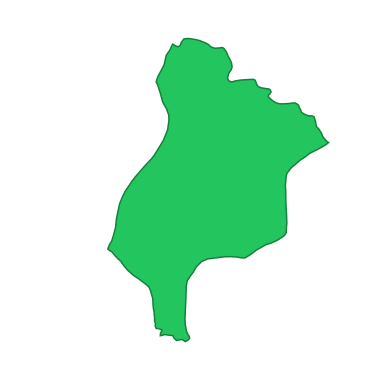 the district of Pleebo/Sodoken, Maryland, Liberia, rotated 305°
{"feature_id": "62588387B59551016114373", "entity_name": "Pleebo/Sodoken", "entity_type": "district", "adm_level": 2, "iso_a3": "LBR", "parent_name": "Liberia", "parent_adm1": "Maryland", "projection": "albers", "projection_center": [-7.677, 4.55], "detail": "fine", "context": "isolated", "style": "filled", "palette": "green", "viewbox_px": 384, "rotation_deg": 305, "n_neighbors": 0, "source": "geoboundaries", "source_scale": "gbopen_adm2", "svg_char_len": 2856}
<svg xmlns="http://www.w3.org/2000/svg" viewBox="0 0 384 384"><g transform="rotate(305 192 192)"><path d="M72.3,272.1L72.9,270.5L73.4,269.7L74.6,267.6L79.1,262.9L83.9,259.1L95.2,251.9L102.0,247.6L110.9,241.7L116.3,239.1L118.6,239.0L122.8,238.9L126.6,239.0L127.0,239.0L133.4,238.5L140.3,239.7L146.0,243.0L151.1,248.7L154.2,252.0L157.9,256.2L161.4,261.0L164.3,265.8L166.3,270.0L168.2,273.1L172.4,275.0L173.8,275.6L176.6,276.6L181.6,278.1L186.8,280.7L191.3,282.8L195.3,285.9L195.9,286.4L202.1,289.9L208.8,292.5L209.4,292.5L212.5,292.6L214.3,291.5L217.5,289.5L221.0,287.5L225.2,284.3L228.9,281.5L233.7,277.6L240.6,272.5L243.8,270.2L246.9,268.0L250.9,264.7L252.1,264.1L255.1,262.4L257.8,260.7L261.1,259.2L264.7,259.2L268.8,259.4L273.7,260.8L280.1,262.3L286.2,264.8L290.7,266.1L293.5,267.5L294.5,268.0L299.0,270.5L302.5,272.2L307.9,274.7L310.9,275.5L310.6,274.6L311.4,270.6L312.3,267.5L314.3,264.5L316.3,259.9L317.1,256.2L320.4,252.9L323.6,248.9L323.3,246.8L321.3,244.0L320.9,242.5L320.2,239.7L320.1,235.9L321.5,234.1L322.8,231.3L324.3,229.4L324.3,227.0L324.0,225.2L321.9,222.6L319.9,220.4L317.1,216.9L314.6,213.3L313.4,210.3L313.0,206.9L313.1,205.6L313.2,203.0L314.0,199.6L315.3,199.1L316.6,199.5L317.8,199.5L319.4,199.3L320.4,197.8L320.6,196.0L319.2,193.4L317.3,189.5L316.5,186.8L316.6,184.6L317.6,182.9L318.8,181.2L319.9,179.2L319.2,177.2L316.6,173.9L311.4,167.4L307.0,163.0L304.8,161.5L304.3,159.6L304.5,157.5L305.8,155.7L310.4,154.0L312.8,154.0L314.4,154.0L317.3,153.2L320.2,150.6L322.4,147.0L324.0,143.7L326.5,139.8L327.9,135.8L327.8,134.0L325.8,131.9L322.7,128.0L322.3,126.3L321.7,124.0L322.3,120.9L321.7,116.8L320.4,111.4L318.9,107.4L315.6,100.8L312.8,97.6L308.6,97.4L305.3,98.3L302.9,97.2L302.2,94.2L302.1,91.4L300.7,91.5L296.2,92.4L289.2,92.5L280.4,96.1L280.0,96.2L274.3,97.0L273.1,97.1L267.5,97.8L261.8,99.3L259.8,102.8L257.0,106.4L254.7,109.5L248.9,116.4L245.6,123.2L241.7,128.8L240.7,129.6L237.5,132.0L234.4,133.6L229.0,136.3L222.9,137.8L218.6,138.8L215.4,139.1L211.5,139.4L205.2,139.7L201.3,140.0L196.0,139.8L194.7,139.6L188.7,138.7L184.6,138.2L183.3,138.1L173.3,137.0L166.3,136.6L153.9,136.9L148.1,137.8L144.6,138.6L140.6,139.5L135.9,141.5L126.7,145.5L119.3,149.6L112.1,152.3L105.9,154.3L101.3,154.6L98.0,155.4L97.0,155.7L96.8,158.5L97.1,160.6L95.9,164.5L94.7,170.7L94.3,173.9L93.6,175.3L93.3,176.3L92.6,178.2L91.0,184.3L90.7,186.9L90.1,192.5L90.3,198.2L90.2,200.4L90.0,205.9L89.5,210.9L89.3,211.4L87.8,214.0L85.1,217.4L82.2,221.0L77.5,224.6L74.3,227.3L74.1,227.6L72.1,229.7L69.7,231.5L67.9,233.2L67.0,233.8L64.7,235.5L63.0,237.8L61.1,238.7L59.7,240.9L60.8,243.0L61.1,243.6L61.7,246.6L58.8,247.2L58.2,247.2L56.1,248.5L57.8,250.1L59.5,251.3L61.3,254.9L62.9,257.8L63.4,258.6L62.3,260.6L61.9,261.4L61.5,264.5L63.8,266.6L65.6,268.7L65.6,272.3L67.8,273.5L70.5,274.0L72.1,272.8L72.3,272.1Z" fill="#22c55e" stroke="#15803d" stroke-width="1.5"/></g></svg>